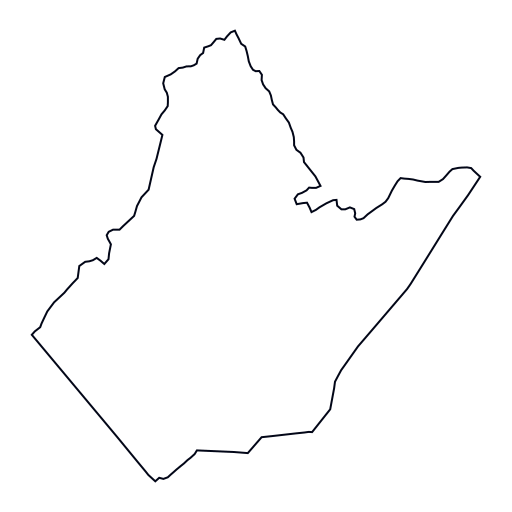 outline of Mata Grande, Alagoas, Brazil
{"feature_id": "56859067B63231948696973", "entity_name": "Mata Grande", "entity_type": "district", "adm_level": 2, "iso_a3": "BRA", "parent_name": "Brazil", "parent_adm1": "Alagoas", "projection": "natural_earth1", "projection_center": [-37.735, -9.033], "detail": "fine", "context": "isolated", "style": "outline", "palette": "ink", "viewbox_px": 512, "rotation_deg": 0, "n_neighbors": 0, "source": "geoboundaries", "source_scale": "gbopen_adm2", "svg_char_len": 2539}
<svg xmlns="http://www.w3.org/2000/svg" viewBox="0 0 512 512"><path d="M162.4,134.9L161.0,140.7L156.5,158.9L153.7,167.2L148.6,189.7L141.5,197.3L139.3,201.6L137.0,206.0L135.3,212.0L134.1,215.9L123.1,226.1L119.5,229.7L113.0,229.7L108.7,231.8L106.7,235.2L107.8,238.7L110.9,244.3L109.1,253.3L108.5,259.2L104.3,264.0L100.5,260.7L96.7,257.9L92.9,260.2L89.3,261.3L85.2,261.8L79.3,266.0L77.7,278.0L72.7,283.2L67.0,289.5L64.4,292.7L54.1,302.3L47.3,311.4L44.6,317.0L41.5,323.6L40.2,327.2L34.8,331.4L31.8,334.8L117.1,436.9L133.7,457.1L137.4,461.6L145.7,471.6L148.3,474.9L155.3,481.3L159.2,477.8L163.4,478.9L167.8,477.3L170.6,474.7L173.5,472.2L176.4,469.6L180.5,466.2L183.9,463.5L187.5,460.1L190.4,457.9L194.7,454.0L196.9,450.4L233.8,452.0L247.8,453.1L261.6,437.2L272.0,436.1L295.8,433.4L304.5,432.5L308.7,431.9L312.1,432.1L330.2,409.3L334.1,388.4L335.0,381.7L337.9,376.2L341.2,370.1L343.5,366.9L358.0,346.4L372.6,329.4L379.6,321.2L407.1,289.0L410.7,283.8L423.5,263.3L441.4,234.5L453.0,215.9L458.8,208.0L468.1,195.1L480.2,176.8L476.4,173.3L473.5,170.6L471.2,168.1L467.1,167.4L461.5,167.6L458.3,167.9L452.4,169.1L449.5,171.7L446.4,175.3L443.0,179.1L438.6,181.9L435.2,181.9L429.0,181.9L425.4,182.0L420.4,181.1L417.5,180.6L413.1,179.5L408.4,178.9L404.2,178.6L400.6,178.1L397.6,181.2L395.0,185.3L391.9,190.6L388.2,198.2L385.5,201.8L382.2,204.3L376.3,208.0L372.5,210.8L367.7,214.3L363.5,218.2L360.4,219.4L356.7,219.7L354.5,216.7L355.2,213.3L354.2,209.1L349.9,207.4L345.3,209.3L341.4,209.3L337.2,205.7L336.5,199.9L333.1,200.2L326.4,203.3L319.5,207.3L315.9,209.9L311.5,212.1L309.6,207.6L307.0,202.7L302.9,203.1L296.7,204.2L294.6,198.7L297.9,194.3L301.9,192.9L306.5,190.4L309.1,187.6L312.2,187.9L316.0,187.9L320.5,185.9L315.4,176.4L304.0,162.1L303.5,157.5L300.5,152.8L296.4,149.8L294.1,145.3L294.1,141.5L293.8,137.1L292.5,131.9L290.7,127.7L288.9,122.6L285.8,118.3L283.2,114.3L280.3,112.5L277.8,109.9L275.7,107.3L273.0,104.4L271.8,99.9L270.9,95.5L269.2,91.4L265.6,88.2L263.1,84.4L261.6,80.1L261.9,74.8L259.3,71.0L255.7,71.2L253.0,69.8L250.7,66.3L248.8,61.4L247.8,56.1L246.6,51.1L245.2,46.5L241.2,43.8L238.5,38.1L236.5,34.3L234.9,30.7L230.7,32.4L227.0,36.4L224.4,39.8L220.1,38.5L216.3,38.9L213.5,42.3L211.0,45.2L208.2,46.3L204.2,47.6L203.1,53.0L200.2,55.1L197.7,58.7L196.6,63.6L193.8,65.3L190.9,66.3L186.5,66.4L182.8,67.6L178.6,68.1L175.0,71.4L170.7,74.4L164.8,77.0L163.2,83.3L164.7,89.3L166.8,92.7L167.9,96.8L167.9,102.5L167.7,106.1L164.7,110.5L161.5,114.3L158.6,119.6L155.1,125.8L155.9,129.2L162.4,134.9Z" fill="none" stroke="#020617" stroke-width="2"/></svg>